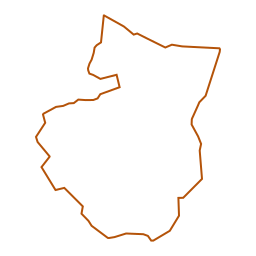 outline of Nsit Atai, Akwa Ibom, Nigeria
{"feature_id": "59680162B33769534671223", "entity_name": "Nsit Atai", "entity_type": "district", "adm_level": 2, "iso_a3": "NGA", "parent_name": "Nigeria", "parent_adm1": "Akwa Ibom", "projection": "mercator", "projection_center": [8.032, 4.828], "detail": "fine", "context": "isolated", "style": "outline", "palette": "amber", "viewbox_px": 256, "rotation_deg": 0, "n_neighbors": 0, "source": "geoboundaries", "source_scale": "gbopen_adm2", "svg_char_len": 931}
<svg xmlns="http://www.w3.org/2000/svg" viewBox="0 0 256 256"><path d="M151.2,240.6L153.3,240.6L169.8,230.8L179.0,215.7L178.4,197.9L183.2,197.8L202.0,178.9L199.7,150.5L201.1,143.9L198.1,136.4L191.6,124.5L191.8,119.3L192.1,118.4L193.4,115.6L198.0,105.4L199.3,102.3L205.6,95.8L219.7,51.9L220.0,49.3L219.4,48.3L182.2,46.4L171.9,44.7L165.3,47.5L147.1,38.5L137.2,33.5L133.7,34.6L123.9,26.5L104.0,15.4L103.8,15.5L101.0,42.4L96.7,45.2L94.6,47.6L93.7,52.9L91.6,59.7L89.5,63.6L88.0,68.4L88.2,70.3L89.4,73.6L93.1,74.9L100.4,78.9L116.6,74.8L119.6,87.2L100.3,94.2L97.6,98.4L93.3,100.0L85.8,100.1L78.3,99.6L73.8,103.1L69.0,103.4L63.2,105.9L56.0,106.9L43.5,113.7L43.0,114.5L45.2,122.8L36.0,136.9L37.6,142.0L49.6,156.4L49.6,156.7L41.5,167.1L55.5,190.0L64.3,187.9L82.8,206.4L81.5,213.7L88.5,220.9L91.6,225.8L107.8,237.9L109.0,238.0L114.5,237.1L126.1,233.5L143.3,234.2L147.9,235.9L151.2,240.6Z" fill="none" stroke="#b45309" stroke-width="2"/></svg>